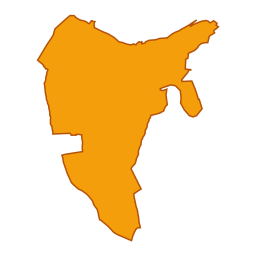 the district of Craciunelu De Jos, Alba, Romania
{"feature_id": "2599482B15849138158087", "entity_name": "Craciunelu De Jos", "entity_type": "district", "adm_level": 2, "iso_a3": "ROU", "parent_name": "Romania", "parent_adm1": "Alba", "projection": "orthographic", "projection_center": [23.831, 46.153], "detail": "fine", "context": "isolated", "style": "filled", "palette": "amber", "viewbox_px": 256, "rotation_deg": 0, "n_neighbors": 0, "source": "geoboundaries", "source_scale": "gbopen_adm2", "svg_char_len": 4248}
<svg xmlns="http://www.w3.org/2000/svg" viewBox="0 0 256 256"><path d="M140.3,227.7L139.6,224.3L139.2,223.0L138.8,220.2L138.7,218.0L137.8,213.3L137.5,210.9L136.0,206.0L133.9,195.8L133.8,193.9L137.0,191.6L141.1,189.0L131.1,168.9L131.3,168.2L132.0,166.9L134.9,163.9L135.6,162.2L136.2,160.0L136.3,158.9L138.0,155.3L138.4,154.7L138.4,153.5L138.5,150.6L140.0,146.4L140.9,144.9L141.3,140.8L141.6,140.0L142.6,138.6L142.6,137.4L143.8,136.0L145.2,133.2L145.0,131.2L145.6,130.2L145.6,129.5L146.4,128.7L147.1,126.8L147.2,124.8L148.1,122.3L149.1,120.5L149.1,119.4L150.4,117.5L150.8,115.5L159.7,113.1L163.6,111.0L164.9,107.6L166.5,105.2L167.3,104.8L166.0,95.1L166.8,89.2L165.9,89.7L165.2,89.7L164.5,89.9L163.5,90.6L162.0,90.4L160.5,90.1L160.1,88.9L162.4,87.7L164.8,86.9L166.8,86.3L167.3,86.1L170.8,84.9L175.5,85.8L180.3,90.7L181.1,97.7L180.6,103.1L184.2,109.7L189.4,115.7L193.0,116.9L196.5,115.7L202.1,108.7L199.2,99.3L198.4,99.4L196.6,93.3L194.9,88.5L191.8,81.0L184.5,81.4L181.8,81.3L181.7,79.8L187.2,73.1L188.4,71.3L188.6,70.0L190.7,70.1L190.7,69.6L185.3,69.1L185.4,66.4L185.5,63.6L185.6,62.5L185.7,59.2L186.6,58.8L187.4,58.4L187.8,58.4L187.8,57.9L187.9,57.5L188.2,56.1L188.3,55.3L188.3,54.7L188.3,54.2L188.3,53.4L188.5,53.3L188.7,53.1L188.9,53.0L189.0,52.9L189.5,52.8L189.8,52.7L190.0,52.6L190.3,52.5L190.5,52.4L191.1,52.1L191.3,52.0L191.6,51.8L192.3,51.5L192.9,51.3L193.3,51.1L193.7,50.9L194.1,50.7L194.5,50.4L195.0,50.0L196.7,48.6L197.3,47.9L197.7,47.4L198.7,45.7L200.0,44.5L201.0,43.8L202.5,43.2L204.0,42.9L205.4,42.7L206.3,42.6L207.7,42.7L209.4,36.0L214.6,32.9L213.9,32.0L213.9,31.0L214.3,30.0L216.6,28.5L218.4,26.8L216.7,25.7L216.1,25.0L216.8,24.2L217.0,23.3L213.6,20.7L212.4,21.6L210.7,22.6L210.1,22.7L209.7,22.7L208.4,21.3L206.2,20.5L202.3,21.1L201.4,21.3L193.5,24.5L190.5,26.4L190.0,25.8L192.6,23.3L196.7,20.0L192.5,22.7L189.2,24.9L186.4,26.5L184.2,27.8L182.0,28.9L178.8,30.9L175.6,32.1L174.8,32.5L174.7,32.6L172.1,34.0L167.1,37.9L167.0,38.0L166.8,37.8L165.1,38.1L159.8,38.4L155.4,39.8L149.1,40.3L145.4,41.9L145.3,42.9L141.9,43.8L142.0,42.0L141.6,41.7L140.9,42.6L139.4,41.8L138.5,42.1L136.2,44.2L136.0,44.8L133.8,44.1L133.3,43.9L133.0,44.0L132.7,44.4L132.1,44.6L131.3,44.9L129.5,44.6L127.8,44.4L127.0,44.2L125.8,43.7L124.4,43.3L123.2,42.8L122.8,42.6L122.6,42.5L121.9,42.4L121.0,42.2L120.2,42.2L119.4,41.9L118.6,41.6L118.1,41.0L113.7,37.2L108.1,33.9L102.0,31.4L94.3,27.5L94.2,27.0L94.4,26.1L94.0,23.8L94.9,21.6L92.1,21.3L92.1,20.8L91.4,20.8L89.6,23.3L89.2,23.6L88.6,23.5L86.2,21.8L85.2,21.3L81.8,20.4L79.9,19.9L77.8,18.8L75.7,17.3L75.1,16.8L74.1,15.6L72.8,15.6L71.5,15.7L70.8,15.4L70.2,15.6L69.8,15.8L69.3,16.1L68.3,17.0L66.6,18.5L64.6,20.2L62.3,22.3L62.2,22.4L55.5,28.4L54.9,29.3L54.7,29.8L53.4,34.3L53.5,34.7L51.1,38.5L47.1,44.4L37.6,60.2L43.4,65.0L43.6,66.2L44.4,67.0L45.0,67.3L45.5,68.9L46.8,68.8L48.0,70.0L46.9,72.2L46.8,73.9L46.4,74.9L46.6,75.3L46.4,75.7L45.9,76.8L45.7,79.7L45.5,80.5L45.5,81.0L45.2,81.5L45.1,82.0L44.2,83.2L44.8,86.0L44.7,86.4L44.8,86.9L44.8,87.3L44.9,87.8L45.1,90.1L45.4,91.0L45.2,92.0L45.5,93.5L45.8,94.2L45.7,94.6L46.0,95.5L46.0,96.0L46.3,96.9L46.3,98.5L46.7,100.4L47.4,101.4L47.6,102.6L47.5,103.4L48.7,105.7L48.9,108.5L49.3,109.2L49.2,110.0L49.6,111.3L49.9,112.3L49.6,113.7L50.0,114.4L49.8,115.5L50.3,116.1L50.7,118.3L50.3,120.1L50.6,121.5L50.3,123.1L50.7,124.5L51.2,125.1L51.4,125.9L52.0,126.6L52.0,128.1L52.4,129.2L52.3,129.7L52.5,130.2L52.5,130.8L53.0,132.2L53.0,133.0L52.8,134.0L69.9,133.3L70.4,133.9L71.0,134.5L71.2,135.2L76.2,135.1L76.2,134.4L78.1,134.4L79.1,134.4L79.8,134.5L80.5,134.8L81.7,134.8L81.9,137.2L81.8,138.3L82.6,142.0L82.4,144.5L82.2,146.9L82.4,149.8L82.6,151.6L65.8,154.2L61.9,155.2L62.9,158.3L63.1,160.3L63.3,161.9L64.1,164.2L65.3,167.7L66.3,170.5L67.2,173.3L71.2,182.1L72.0,183.2L73.6,184.8L75.4,186.4L77.3,188.1L78.8,189.3L79.1,189.5L80.0,189.7L81.8,190.5L82.3,190.9L86.5,193.9L88.9,196.4L89.6,197.3L92.6,201.1L93.8,204.8L97.3,209.6L97.4,210.3L98.3,213.4L98.5,214.8L98.7,215.8L99.6,219.8L100.7,220.1L103.2,222.2L107.8,226.0L108.9,227.2L110.9,229.3L113.9,232.5L117.9,234.8L125.0,237.8L129.8,239.9L131.5,240.6L132.2,238.1L132.9,235.7L133.5,234.3L134.2,232.6L134.5,232.0L135.8,229.5L136.7,228.5L137.4,228.0L138.3,227.7L139.3,227.8L140.3,227.7Z" fill="#f59e0b" stroke="#b45309" stroke-width="1.5"/></svg>